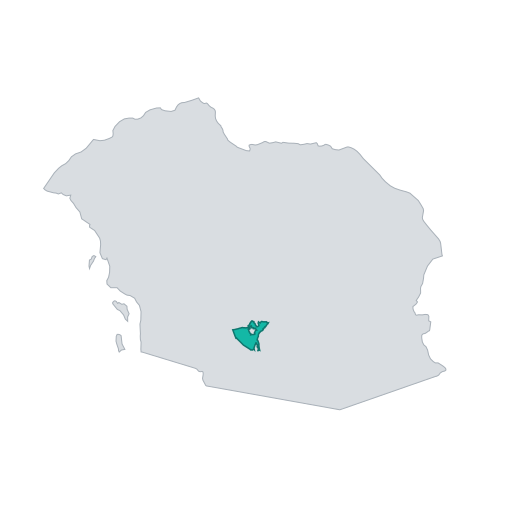 Babati, Manyara, United Republic of Tanzania (highlighted), rotated 161°
{"feature_id": "72390352B12207219772126", "entity_name": "Babati", "entity_type": "district", "adm_level": 2, "iso_a3": "TZA", "parent_name": "United Republic of Tanzania", "parent_adm1": "Manyara", "projection": "albers", "projection_center": [35.708, -4.024], "detail": "fine", "context": "in_parent", "style": "filled", "palette": "teal", "viewbox_px": 512, "rotation_deg": 161, "n_neighbors": 0, "source": "geoboundaries", "source_scale": "gbopen_adm2", "svg_char_len": 8233}
<svg xmlns="http://www.w3.org/2000/svg" viewBox="0 0 512 512"><g transform="rotate(161 256 256)"><path d="M193.5,354.7L188.2,352.0L183.5,350.3L179.6,348.5L177.9,346.7L174.2,346.0L171.1,345.7L168.1,344.1L162.1,343.5L161.5,342.3L161.4,339.9L160.3,339.2L158.1,338.6L155.8,338.6L154.3,339.0L153.5,338.8L151.5,337.4L149.7,335.5L149.0,332.6L146.3,330.7L143.1,329.2L134.3,329.4L132.9,328.9L130.8,327.4L128.4,325.0L126.4,322.1L124.6,318.3L122.8,313.1L112.6,292.4L111.5,288.5L109.5,284.1L106.3,278.8L102.8,274.9L98.2,271.3L92.9,267.7L90.0,265.3L84.5,255.6L83.4,251.0L82.5,246.3L82.8,244.3L86.2,238.2L86.5,236.5L86.1,234.2L84.4,229.3L82.2,223.4L77.8,212.7L77.2,209.9L77.3,207.9L79.7,196.9L79.7,195.4L89.8,195.5L97.1,190.7L103.5,183.5L104.8,180.5L107.4,175.8L110.0,173.5L110.9,172.0L112.4,167.4L115.7,164.2L119.0,161.8L118.3,160.1L118.8,159.5L120.6,158.3L124.1,157.1L124.8,154.7L124.7,152.0L124.2,150.5L124.3,148.7L123.7,147.8L121.4,147.5L118.0,146.2L115.1,145.7L113.2,144.9L112.5,144.3L112.2,142.7L113.8,138.5L112.2,136.8L115.7,129.8L116.3,128.9L117.6,128.8L119.6,128.1L121.5,127.7L123.0,128.0L124.2,127.7L125.2,126.9L126.0,124.5L126.7,120.6L126.3,117.4L124.8,114.9L124.4,111.1L125.0,106.1L124.5,101.9L122.8,98.5L121.2,96.5L118.6,95.6L114.6,90.5L113.3,88.0L113.5,86.4L114.9,85.8L117.5,86.0L119.9,85.4L122.1,83.9L124.3,83.5L125.4,83.7L226.8,83.3L345.2,149.3L345.7,150.1L346.6,155.8L346.4,157.7L344.6,161.0L344.0,162.7L344.0,163.9L344.5,164.4L346.0,164.6L347.3,165.3L347.8,165.9L348.8,168.4L350.1,169.7L394.9,202.2L395.9,202.7L395.2,205.4L392.7,212.0L392.5,214.7L391.5,218.0L390.6,220.1L387.9,229.4L385.8,232.8L382.8,240.9L382.3,247.2L383.9,251.5L384.5,255.6L387.9,259.6L390.7,261.0L392.5,262.9L395.8,267.1L397.7,271.3L403.6,273.3L406.0,278.0L405.1,281.3L402.3,283.9L399.7,288.3L397.6,293.9L397.6,302.6L399.0,301.3L402.1,303.5L402.5,309.9L399.2,317.3L398.2,320.8L398.0,323.8L400.3,332.7L403.9,337.3L403.6,338.7L402.7,339.9L408.7,347.9L408.2,354.9L410.4,360.4L411.4,365.1L412.9,368.7L413.2,371.2L411.3,373.9L415.7,374.6L418.3,376.9L419.5,379.1L422.7,379.0L424.4,380.5L426.9,381.7L432.4,385.4L433.9,387.2L434.8,389.0L419.6,400.3L414.1,403.2L410.1,404.6L405.9,405.3L402.0,407.1L398.2,409.9L393.4,411.3L387.5,411.3L381.4,413.2L371.7,419.1L366.0,415.8L361.6,414.8L356.5,414.9L353.4,415.3L352.3,416.0L351.3,417.9L350.5,421.2L347.1,424.4L341.3,427.4L335.9,428.5L331.0,427.7L327.6,426.5L325.9,424.7L323.3,423.9L319.9,424.0L316.7,425.3L313.6,427.7L308.6,428.7L301.8,428.3L298.2,427.2L297.7,425.2L294.7,422.9L289.2,420.3L285.2,420.2L282.6,422.8L280.3,424.4L278.2,425.0L276.2,425.1L273.5,424.4L266.0,424.1L258.8,424.2L258.1,420.6L256.6,418.3L255.4,417.0L252.9,416.7L252.2,415.6L251.4,413.4L250.2,411.4L248.6,409.8L247.6,408.3L247.3,406.9L247.5,405.4L249.0,401.6L249.5,399.1L249.3,396.4L248.5,393.7L246.8,390.5L247.0,389.6L246.4,387.4L246.3,385.8L246.7,383.9L246.3,381.4L244.9,376.0L244.9,374.6L243.3,372.0L238.6,365.8L238.4,365.0L230.9,358.8L227.9,357.4L226.9,358.6L226.5,359.7L226.8,361.7L226.6,362.7L226.3,363.1L224.5,363.1L223.4,362.8L220.6,361.2L218.4,360.8L212.9,361.1L211.0,361.5L209.5,361.1L206.6,358.3L203.3,357.7L200.2,357.5L195.2,354.3L193.5,354.7ZM404.5,250.6L407.0,257.5L406.6,258.8L404.9,259.6L404.0,259.6L402.9,258.5L402.2,256.2L400.8,256.7L398.6,254.0L396.4,253.8L394.4,250.5L395.2,247.6L394.8,242.7L397.2,240.2L398.6,236.0L400.1,238.9L400.4,243.4L402.5,248.7L404.5,250.6ZM416.6,209.7L416.8,211.3L416.3,212.9L416.3,217.8L416.1,221.0L414.3,225.5L412.8,227.1L411.4,226.6L410.3,225.8L409.5,224.6L411.3,216.4L410.4,210.4L413.9,210.9L416.6,209.7ZM411.1,308.8L409.4,309.2L408.7,308.8L407.7,307.5L409.5,306.3L411.3,304.1L415.5,300.9L417.5,298.3L417.2,300.8L414.8,306.4L412.8,306.7L411.1,308.8Z" fill="#d9dde1" stroke="#a8b0b8" stroke-width="1"/><path d="M281.8,172.5L281.8,173.3L281.9,173.7L281.9,173.9L281.8,174.0L281.8,174.3L281.8,174.6L281.8,174.9L281.9,175.1L281.8,175.3L281.9,175.9L282.0,176.1L282.3,176.3L282.1,176.6L281.8,177.0L281.3,177.8L281.1,178.0L280.9,178.4L280.8,178.5L280.4,178.8L280.2,178.9L280.0,179.2L279.8,179.5L279.6,180.4L279.5,180.6L279.3,180.8L279.0,181.2L278.9,181.4L278.8,181.5L278.7,181.6L278.5,181.8L278.2,181.9L278.1,182.0L277.9,182.1L277.9,182.3L277.7,182.5L277.3,182.6L276.9,182.8L276.7,182.8L276.6,183.0L276.3,183.1L276.1,183.1L275.8,183.3L275.5,183.3L275.3,183.3L274.9,183.3L274.6,183.4L274.3,183.4L273.7,183.7L273.5,183.8L273.3,183.9L273.4,184.0L273.5,184.0L273.1,184.5L273.1,184.8L272.9,185.0L272.3,185.1L272.0,185.2L271.9,185.2L271.7,185.4L271.2,185.3L270.8,186.1L270.3,185.9L270.2,186.0L269.9,186.1L269.7,186.2L269.6,186.3L269.5,186.5L269.3,186.6L269.1,186.7L269.1,186.8L268.8,187.0L268.7,187.1L268.4,187.3L268.2,187.4L268.0,187.5L267.8,187.7L267.7,187.8L267.5,188.1L267.0,188.3L266.8,188.3L266.7,188.2L266.6,188.3L266.2,188.7L266.3,188.7L266.4,188.9L266.6,188.9L266.8,189.0L267.1,189.5L267.2,189.8L267.3,190.0L267.5,190.0L267.6,190.3L267.7,190.5L268.1,190.5L268.5,190.7L269.7,191.1L270.4,191.3L271.0,191.7L271.5,192.0L272.0,192.3L273.4,191.8L273.9,191.8L274.1,191.8L274.1,191.7L274.2,191.8L274.7,192.2L274.8,192.4L275.1,192.9L275.6,192.2L275.9,191.6L275.8,191.2L275.8,190.6L275.9,189.7L275.9,189.2L276.1,189.1L276.3,189.1L276.8,188.9L277.0,188.8L277.5,188.8L277.6,188.7L278.2,188.8L278.4,189.1L278.5,189.8L278.6,190.0L278.9,190.4L279.0,190.6L278.9,190.9L279.0,191.2L278.9,191.5L278.9,192.1L279.1,192.4L279.2,192.8L279.3,192.8L279.4,193.0L279.6,193.3L279.6,193.5L279.7,193.9L279.5,194.3L279.5,194.5L279.4,194.7L279.7,194.9L280.0,195.0L280.5,195.4L280.8,195.4L280.9,195.5L280.8,195.9L281.0,196.0L281.2,195.9L281.3,195.8L281.9,195.6L282.0,195.4L282.3,195.3L282.3,195.2L282.5,195.1L282.7,194.9L283.0,194.7L283.4,194.5L283.4,194.4L283.6,194.4L283.7,194.2L283.9,194.1L284.0,193.9L283.9,193.8L284.0,193.7L284.2,193.4L284.4,193.3L284.5,193.2L284.8,193.0L285.0,193.0L285.4,192.9L285.6,192.8L286.1,192.7L286.3,192.2L286.2,192.0L286.1,191.8L286.1,191.7L286.2,191.4L286.3,191.2L286.2,191.0L286.3,190.7L286.3,190.2L286.4,190.3L286.5,190.3L286.9,190.5L287.0,190.8L287.6,191.0L287.8,191.2L288.1,191.2L288.4,191.2L289.0,191.3L289.4,191.5L289.7,191.7L290.3,191.9L290.9,192.1L291.5,192.4L292.1,192.8L292.9,192.9L293.1,192.9L293.7,192.9L295.0,193.0L295.4,193.1L296.7,193.0L297.1,193.1L297.8,193.2L298.8,193.3L299.1,193.3L300.2,193.4L302.0,193.8L301.9,188.3L301.9,187.9L301.8,186.0L301.7,185.5L301.7,185.1L301.8,184.9L301.7,184.7L301.2,184.9L300.4,183.1L298.7,179.7L296.9,175.9L292.2,170.0L291.9,169.5L291.5,168.9L291.3,169.0L291.1,169.0L291.0,168.8L290.3,168.3L290.0,168.4L289.7,168.4L289.3,168.5L289.3,168.4L288.3,168.5L288.1,168.0L288.0,168.6L288.1,168.8L288.0,169.0L288.0,169.4L287.8,169.8L287.7,169.9L287.5,170.2L287.2,170.4L287.2,170.5L286.0,172.0L285.9,172.3L285.3,172.7L285.1,173.0L284.9,173.1L284.7,173.2L284.6,173.6L284.4,173.8L284.3,173.6L284.1,173.6L284.0,172.4L283.9,172.3L283.7,172.0L283.6,171.8L283.7,171.6L283.8,171.4L283.9,171.2L283.9,170.9L283.9,170.6L283.9,170.4L283.9,170.0L284.2,169.9L284.3,169.9L284.3,169.7L284.4,169.1L284.2,168.9L284.2,168.6L284.0,168.4L284.0,168.2L283.8,168.0L283.8,167.7L283.7,167.5L283.8,167.3L283.9,167.2L284.1,167.0L284.3,166.8L284.7,166.4L284.8,166.3L285.0,166.1L285.0,165.9L284.8,165.9L284.6,165.8L284.3,165.9L284.2,166.1L283.9,166.2L283.7,166.1L283.4,166.0L283.3,165.8L283.2,165.7L283.0,167.4L282.9,168.1L282.5,170.1L282.4,170.4L282.3,170.7L282.1,171.1L282.1,171.6L281.9,171.8L281.8,172.5ZM283.1,182.4L283.7,182.5L284.2,182.6L285.2,183.0L285.8,183.0L286.4,183.2L286.7,183.2L286.2,184.3L286.6,184.7L286.8,184.8L286.9,185.3L287.0,185.7L287.0,185.8L286.9,186.0L287.0,186.2L287.1,186.4L287.0,186.5L287.1,186.8L287.2,187.0L287.2,187.4L287.2,187.5L287.1,187.9L287.1,188.0L287.0,188.4L286.9,188.8L287.0,189.0L286.7,189.0L286.4,189.0L286.2,189.0L285.7,189.0L285.5,189.3L285.3,189.3L285.1,189.6L285.1,189.9L285.0,190.2L285.1,190.3L284.7,191.0L284.5,191.3L284.4,191.4L284.2,191.5L283.4,191.5L283.1,191.4L283.1,191.0L283.1,190.8L283.4,190.6L283.4,190.4L283.4,190.1L283.4,189.5L282.1,189.1L281.8,189.0L282.0,188.5L281.8,188.5L282.0,188.1L281.2,187.7L280.8,187.8L280.0,187.8L279.9,186.5L279.7,186.2L279.6,185.9L279.5,185.7L280.7,185.7L281.9,184.4L282.4,184.0L282.3,183.7L282.3,183.4L282.4,183.1L282.5,183.1L282.4,182.6L283.1,182.4Z" fill="#14b8a6" stroke="#0f766e" stroke-width="1.5"/></g></svg>